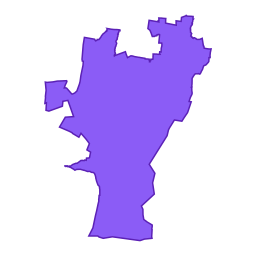 the district of Zinacantepec, México, Mexico
{"feature_id": "50627088B3393868502774", "entity_name": "Zinacantepec", "entity_type": "district", "adm_level": 2, "iso_a3": "MEX", "parent_name": "Mexico", "parent_adm1": "México", "projection": "mercator", "projection_center": [-99.791, 19.204], "detail": "fine", "context": "isolated", "style": "filled", "palette": "violet", "viewbox_px": 256, "rotation_deg": 0, "n_neighbors": 0, "source": "geoboundaries", "source_scale": "gbopen_adm2", "svg_char_len": 5233}
<svg xmlns="http://www.w3.org/2000/svg" viewBox="0 0 256 256"><path d="M45.3,82.1L46.1,90.3L45.4,96.3L45.5,97.7L44.9,103.4L46.4,102.8L46.0,110.3L48.9,111.1L62.4,106.2L62.9,101.3L67.9,100.4L73.6,116.6L65.3,117.2L59.5,127.1L69.1,131.2L72.1,132.7L72.5,133.4L78.9,137.2L81.0,133.3L85.8,138.8L89.4,143.6L88.5,145.8L86.9,149.9L90.6,152.1L89.5,157.6L88.8,158.0L86.5,158.1L86.2,160.3L84.7,160.0L84.2,160.6L82.4,160.4L82.4,160.5L80.9,160.5L77.0,163.4L76.1,163.2L72.7,164.5L70.4,166.2L69.2,166.0L67.8,166.6L67.5,165.9L64.2,165.9L65.6,166.1L65.9,166.5L66.4,166.3L67.1,166.3L67.7,166.6L68.9,166.8L69.6,167.1L71.2,167.7L72.3,168.5L73.5,169.1L74.9,170.2L76.6,169.4L80.4,169.3L83.9,170.3L84.3,170.3L87.6,171.5L90.0,171.4L91.3,172.3L93.4,172.5L94.5,173.5L95.2,175.2L95.7,177.0L95.8,178.1L96.6,181.3L98.0,185.1L99.0,186.0L99.3,186.4L99.6,187.1L99.4,187.6L99.8,189.5L99.8,195.3L99.1,195.4L99.1,195.6L98.9,198.3L98.7,199.3L98.8,201.1L98.1,203.9L96.6,211.0L95.5,215.5L92.9,227.9L88.8,236.0L97.8,236.0L99.0,237.0L103.2,238.3L112.4,236.8L140.0,240.6L144.4,239.1L152.0,238.3L151.7,236.5L152.1,229.4L151.8,229.1L152.2,226.5L152.2,225.0L147.3,222.1L143.8,219.5L143.0,214.8L142.9,209.3L141.4,206.0L154.3,194.1L152.6,182.9L154.9,173.3L149.2,164.3L167.1,135.7L168.5,129.9L169.5,127.9L174.4,120.0L181.9,121.2L184.1,117.7L187.5,112.7L188.1,111.1L188.7,109.3L191.2,101.8L189.1,101.5L189.8,99.1L190.5,97.2L191.9,94.4L192.1,93.6L192.1,92.6L192.0,91.9L191.8,90.4L191.8,89.2L191.8,88.7L191.7,88.1L191.3,87.3L192.0,87.0L191.9,86.5L191.9,86.1L191.8,85.2L192.0,84.3L192.1,80.2L192.1,78.6L192.1,78.4L192.9,77.0L193.1,76.7L194.2,75.0L194.6,74.6L195.3,73.8L198.1,73.8L198.3,73.6L199.7,74.1L200.0,74.0L200.9,72.6L201.2,71.7L202.5,69.4L202.7,68.9L202.9,68.2L203.0,67.6L203.5,66.6L203.5,66.2L204.0,65.6L205.8,65.0L205.9,64.8L206.1,64.7L206.8,64.0L208.3,62.3L208.8,61.5L209.0,58.9L209.0,57.6L210.1,57.6L210.1,56.2L210.0,55.4L210.1,54.6L210.3,52.9L210.4,52.1L210.6,51.3L211.1,48.9L209.2,49.0L208.4,48.9L207.0,48.7L204.2,48.2L204.0,47.1L203.9,46.2L203.4,45.9L202.2,38.3L199.9,39.3L199.2,39.4L197.0,39.4L196.6,39.2L195.8,38.4L195.6,38.4L195.5,38.5L194.7,37.8L193.8,37.7L193.2,38.4L192.9,38.2L192.5,37.8L192.0,37.1L191.9,37.2L191.7,37.1L191.7,36.9L191.5,36.5L191.6,36.3L191.5,36.2L191.4,36.3L191.1,36.3L190.9,36.1L191.0,36.0L191.0,35.8L191.1,35.3L191.0,35.1L191.1,34.7L191.6,33.9L191.4,33.8L191.4,33.6L191.5,33.4L191.2,32.9L191.1,32.7L190.6,32.4L190.7,32.1L190.7,31.8L190.4,30.9L190.6,30.6L190.6,30.3L190.1,30.3L190.5,30.1L190.4,29.5L190.5,29.5L190.6,29.1L190.5,28.9L190.5,28.7L190.3,28.6L190.3,28.4L190.4,28.2L190.6,27.1L190.9,26.8L191.0,26.3L191.2,26.0L191.3,25.6L191.9,25.2L192.0,24.8L192.0,24.6L192.3,24.3L192.4,23.5L191.9,23.1L192.1,22.7L192.5,22.2L192.6,21.8L192.7,21.4L192.9,19.9L193.4,19.2L193.0,19.2L193.1,16.5L191.1,16.3L188.0,16.2L186.9,16.1L186.6,15.7L186.2,15.4L185.9,15.8L181.5,17.4L181.1,21.4L176.1,20.8L176.1,22.2L176.1,22.9L176.2,25.2L165.6,23.1L165.7,19.3L165.8,18.5L163.1,18.3L161.6,18.1L158.8,18.0L158.9,18.6L158.9,20.5L158.3,20.6L158.6,21.2L158.8,21.9L149.1,20.3L147.9,28.6L149.9,30.2L151.1,33.0L152.3,36.5L152.5,36.5L152.9,36.4L153.4,36.3L153.7,36.5L154.3,36.5L154.9,36.0L155.5,36.0L156.0,35.6L156.0,35.9L156.5,35.8L156.6,35.6L156.9,35.6L156.9,35.4L156.9,35.2L157.1,35.2L157.5,34.6L158.8,34.6L158.9,34.4L159.3,34.5L159.3,35.0L159.6,35.0L159.3,38.0L158.8,43.0L161.7,43.1L161.7,43.6L161.9,44.0L161.9,44.9L161.8,46.1L161.7,46.4L161.2,48.4L161.2,49.2L161.1,50.9L161.1,51.9L159.7,51.8L159.5,53.7L159.9,54.1L160.0,54.3L158.0,54.3L156.6,54.1L153.1,54.0L153.1,55.5L153.0,56.7L153.1,56.8L153.0,57.9L152.8,59.3L150.9,59.2L150.7,60.5L150.1,60.5L150.0,61.8L149.5,61.8L149.6,60.3L149.2,60.2L149.2,59.2L147.6,59.0L145.1,58.9L145.0,58.3L140.5,57.6L139.7,57.4L138.6,57.3L134.6,56.6L132.6,56.0L130.9,55.8L127.5,57.6L126.0,53.7L125.4,51.7L115.3,55.4L114.8,55.6L114.4,55.9L114.3,55.2L114.6,54.8L114.8,54.4L115.3,53.8L115.5,53.4L115.3,53.2L115.2,53.0L115.3,52.9L115.2,52.7L114.9,52.4L114.9,52.1L114.7,51.6L114.9,51.1L114.8,50.8L114.9,50.6L114.9,50.4L115.0,50.3L114.8,49.8L114.9,49.4L114.7,49.5L114.7,49.3L114.9,49.2L114.9,48.9L115.0,48.6L115.1,48.3L115.2,47.8L115.3,47.5L115.2,47.2L115.4,47.0L115.5,46.8L115.7,46.6L115.8,46.0L115.9,45.9L116.0,45.8L116.0,45.5L116.1,45.1L116.3,44.4L116.6,43.8L116.7,43.2L115.9,41.7L116.1,40.9L116.3,40.4L117.2,39.3L117.2,39.0L117.1,38.9L117.1,38.7L117.4,38.0L117.3,37.7L117.5,37.0L117.8,36.5L117.8,36.4L118.0,34.8L117.9,34.8L117.9,34.6L117.7,34.3L117.9,33.9L118.2,33.9L118.1,33.6L118.2,33.0L118.6,32.8L119.0,31.1L119.4,30.8L119.6,30.7L119.7,30.4L119.9,30.4L119.9,30.7L120.0,30.7L119.9,29.9L117.4,29.6L114.0,29.5L111.1,29.2L109.5,28.9L107.1,28.5L107.4,28.9L106.4,30.8L106.8,31.0L106.1,31.6L105.7,31.5L104.8,32.6L102.8,34.1L102.3,34.9L101.9,35.3L101.6,35.7L100.8,37.2L100.4,37.6L100.3,37.9L99.9,38.3L99.5,39.0L99.4,39.0L98.7,39.5L98.2,39.5L98.3,39.6L97.4,39.8L96.8,40.1L96.5,40.5L96.3,40.5L95.5,40.8L95.3,40.4L95.3,40.2L94.7,39.7L94.6,39.2L84.4,37.4L83.2,44.8L82.1,58.3L82.0,59.1L82.3,61.1L83.3,61.3L83.0,65.3L80.9,75.5L80.1,81.4L79.4,84.1L76.9,91.0L74.6,93.1L72.5,94.0L71.7,93.9L66.6,88.1L65.3,87.8L64.3,87.9L65.3,84.9L66.5,82.5L66.9,81.3L66.6,80.7L57.2,81.1L52.9,81.9L47.1,82.4L45.3,82.1Z" fill="#8b5cf6" stroke="#5b21b6" stroke-width="1.5"/></svg>